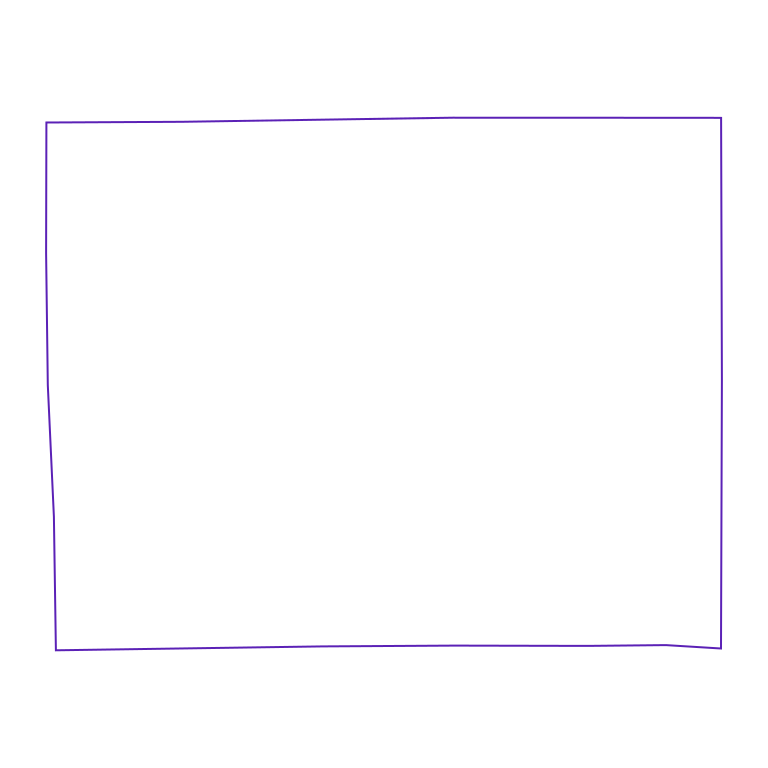 Jackson, Michigan, United States of America
{"feature_id": "52423323B91147156706901", "entity_name": "Jackson", "entity_type": "district", "adm_level": 2, "iso_a3": "USA", "parent_name": "United States of America", "parent_adm1": "Michigan", "projection": "equal_earth", "projection_center": [-84.434, 42.248], "detail": "fine", "context": "isolated", "style": "outline", "palette": "violet", "viewbox_px": 768, "rotation_deg": 0, "n_neighbors": 0, "source": "geoboundaries", "source_scale": "gbopen_adm2", "svg_char_len": 314}
<svg xmlns="http://www.w3.org/2000/svg" viewBox="0 0 768 768"><path d="M182.0,121.8L46.4,122.5L46.1,253.1L47.8,385.0L53.9,516.7L55.9,650.3L322.6,646.4L454.6,645.6L587.8,645.9L665.8,645.1L721.0,648.5L721.9,380.0L721.1,117.9L710.1,117.8L452.7,117.7L182.0,121.8Z" fill="none" stroke="#5b21b6" stroke-width="2"/></svg>